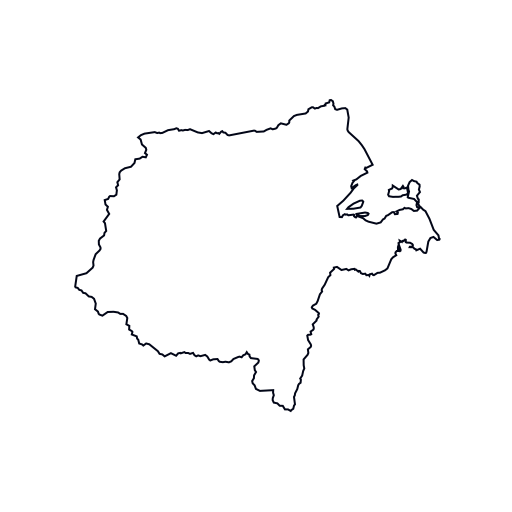 the district of Kapoe, Ranong, Thailand, rotated 157°
{"feature_id": "78962969B6628282712550", "entity_name": "Kapoe", "entity_type": "district", "adm_level": 2, "iso_a3": "THA", "parent_name": "Thailand", "parent_adm1": "Ranong", "projection": "albers", "projection_center": [98.584, 9.581], "detail": "fine", "context": "isolated", "style": "outline", "palette": "ink", "viewbox_px": 512, "rotation_deg": 157, "n_neighbors": 0, "source": "geoboundaries", "source_scale": "gbopen_adm2", "svg_char_len": 6097}
<svg xmlns="http://www.w3.org/2000/svg" viewBox="0 0 512 512"><g transform="rotate(157 256 256)"><path d="M401.0,232.3L397.2,228.6L397.7,226.4L397.1,225.0L397.7,221.1L395.4,219.1L394.7,217.6L391.3,218.4L388.7,216.4L383.5,206.7L383.0,203.6L380.7,202.0L379.3,199.3L372.3,199.8L368.5,195.4L365.7,196.8L363.6,196.4L363.3,195.8L359.5,195.5L358.7,194.2L356.3,193.2L355.0,191.7L351.8,191.4L351.4,188.7L350.2,187.0L348.1,187.1L346.3,185.5L341.4,184.8L340.1,182.5L339.6,178.9L338.9,177.7L335.7,177.6L331.7,176.2L331.3,173.8L330.7,172.8L328.0,171.2L325.4,170.6L322.5,168.7L319.9,168.7L317.0,170.0L311.9,170.0L310.5,169.8L308.8,168.4L306.5,169.6L304.1,169.6L302.1,171.1L301.7,169.0L300.6,167.8L301.1,166.1L300.6,164.0L294.9,160.7L294.3,159.9L294.3,158.5L295.5,157.0L300.7,155.1L301.7,151.4L301.3,149.2L304.4,146.9L305.7,144.3L308.4,142.4L308.8,140.1L307.8,137.5L308.0,133.7L305.1,130.3L292.6,125.8L293.7,123.5L294.0,120.9L296.1,118.6L297.0,116.8L296.9,114.1L293.9,112.0L292.7,108.9L289.9,107.6L289.3,103.5L286.5,102.3L284.6,99.8L283.9,100.3L281.4,100.8L279.4,103.5L278.1,104.2L276.1,111.4L274.7,112.6L273.7,114.3L270.0,117.4L267.6,120.6L266.3,121.5L264.5,121.9L263.0,124.6L263.2,125.9L260.2,127.9L257.6,131.6L255.5,133.6L254.8,136.8L252.6,142.2L247.1,144.9L245.7,146.3L244.7,149.8L241.2,150.9L240.4,151.7L240.1,153.1L240.9,158.3L239.9,162.7L238.9,163.1L236.6,162.3L235.7,162.4L235.3,165.1L232.2,165.7L231.3,166.4L230.7,167.9L230.5,170.9L225.5,172.9L225.0,173.9L222.0,175.7L221.8,177.5L220.6,178.2L220.5,178.9L222.7,183.4L224.7,185.7L224.7,187.0L223.0,188.1L219.2,188.5L216.9,190.4L212.1,195.8L209.0,197.5L208.9,199.0L207.9,200.2L204.0,202.7L197.8,208.3L195.0,209.3L194.3,211.7L189.3,213.5L188.9,214.9L185.7,214.3L182.8,209.7L177.9,208.8L176.4,206.6L173.6,206.6L170.4,205.7L170.4,204.7L169.4,204.6L167.9,201.7L167.2,202.1L166.3,201.6L166.1,199.2L164.7,197.7L162.3,197.0L161.9,195.2L159.7,194.5L159.4,193.5L158.5,194.7L156.1,194.4L155.6,192.7L155.0,192.3L150.7,193.0L148.4,192.2L142.9,192.4L139.9,193.2L132.7,200.2L130.4,201.3L126.6,201.9L126.7,203.8L126.2,204.8L124.5,205.6L123.3,205.1L121.9,208.7L119.9,211.1L119.8,212.2L118.0,212.5L117.7,214.0L116.2,211.9L115.6,212.5L114.6,212.6L114.3,212.1L112.3,212.9L111.8,212.4L112.7,210.2L112.1,209.5L109.0,208.0L107.5,206.0L107.3,204.7L108.6,203.5L110.8,204.4L111.1,204.1L108.0,202.7L107.3,200.7L106.2,199.7L106.2,198.6L102.1,198.6L100.4,193.7L99.0,192.6L98.1,192.5L97.1,193.7L91.7,202.0L88.4,204.4L85.2,204.2L83.0,199.9L80.9,199.4L80.3,199.9L80.6,201.0L80.0,203.7L82.2,210.6L81.8,222.5L82.5,231.1L84.0,233.3L85.4,236.9L90.0,234.8L93.1,235.8L94.6,238.5L96.8,240.4L99.6,241.3L100.5,242.3L102.5,241.6L105.8,242.3L109.3,242.1L108.5,240.4L109.3,239.4L111.8,240.2L111.9,242.5L113.5,243.1L118.7,242.0L120.4,242.1L123.1,240.2L124.8,240.1L128.1,238.2L132.5,238.7L139.1,243.7L141.2,246.0L142.7,249.0L146.7,252.8L147.8,253.1L148.9,252.4L149.5,252.9L150.2,254.3L149.7,255.7L150.0,256.0L155.1,257.4L155.9,258.7L157.3,259.0L157.9,259.8L160.1,259.5L161.7,258.2L163.8,259.2L161.7,270.3L154.0,272.8L144.3,277.2L139.6,280.0L135.0,281.7L134.9,282.2L136.5,282.2L141.4,281.2L141.1,283.1L138.5,285.7L136.6,286.7L136.9,287.4L133.7,287.3L128.2,288.8L120.9,289.2L120.7,290.5L122.0,293.5L120.8,294.7L120.0,294.0L113.0,294.4L114.4,312.0L115.3,316.7L116.7,321.7L122.3,333.9L122.6,335.6L122.4,337.0L116.6,347.2L114.8,355.1L116.0,357.2L119.2,358.3L124.3,358.9L125.7,360.2L125.5,362.9L126.1,364.6L125.2,365.9L124.8,368.4L126.0,370.3L127.3,370.6L128.6,368.8L132.3,369.2L133.2,367.6L133.9,368.1L134.4,367.6L137.8,368.4L141.1,367.9L142.5,368.6L144.2,368.7L145.5,370.7L146.6,371.1L150.4,370.6L151.7,368.7L154.6,367.8L163.2,369.9L166.4,370.0L172.4,367.7L173.1,366.1L173.9,365.4L176.7,364.9L181.3,368.4L184.3,367.7L186.7,365.9L188.0,365.6L191.1,366.1L192.7,367.8L196.9,368.0L200.2,367.6L206.9,370.0L207.9,371.6L208.8,372.2L233.6,377.5L234.9,378.5L236.0,381.4L237.8,382.5L238.3,384.1L239.6,384.0L242.1,382.8L242.7,383.9L243.8,384.1L244.8,385.4L247.6,384.8L249.0,386.4L250.4,389.4L257.7,390.2L261.3,392.5L267.2,398.5L269.6,398.6L272.0,399.8L274.3,400.1L275.5,401.0L277.9,401.4L278.2,403.6L279.4,404.7L281.7,404.7L287.8,406.2L294.1,405.9L296.2,406.5L296.9,407.4L298.9,407.8L300.8,409.6L310.8,412.2L314.7,412.2L318.2,411.2L316.7,408.3L317.4,403.2L315.2,398.6L315.5,396.6L318.0,394.1L316.8,391.8L318.9,389.9L321.7,391.7L325.0,391.1L329.3,392.2L331.5,389.1L336.2,387.0L342.4,388.0L346.8,387.3L348.8,386.3L349.9,384.8L351.6,379.8L354.8,378.1L355.3,375.0L358.0,373.9L358.4,370.8L360.6,367.0L363.4,366.5L366.9,368.2L368.0,367.9L369.8,366.3L373.4,366.6L374.4,362.2L373.1,359.2L375.2,356.7L374.7,352.1L382.8,347.3L382.2,345.2L384.1,337.6L386.4,336.5L387.8,334.3L392.8,333.0L394.8,331.4L396.1,328.0L395.8,324.7L396.3,323.3L397.9,322.2L402.9,320.3L407.1,315.8L408.3,314.0L409.3,310.7L410.9,309.1L418.8,306.4L428.8,307.7L434.4,298.5L434.3,297.6L432.6,296.3L431.9,293.9L430.1,292.5L429.5,289.6L427.5,288.3L425.7,284.1L423.3,282.6L421.8,279.9L422.1,274.8L425.0,269.9L423.2,266.6L423.4,264.3L423.0,263.3L420.7,261.1L414.4,262.4L408.9,260.3L405.0,257.9L403.6,255.8L401.0,254.7L398.9,251.5L398.7,249.2L402.0,243.8L399.9,241.2L401.5,237.9L399.7,235.5L399.4,234.4L401.0,232.3ZM85.7,264.0L88.6,261.3L89.8,257.4L89.9,255.6L93.4,250.8L93.0,250.1L88.2,246.7L86.9,243.2L85.2,242.0L84.1,244.5L84.6,245.4L84.3,248.6L80.1,250.8L80.1,253.5L78.2,256.0L77.6,257.8L79.0,260.1L79.2,261.7L81.4,263.3L82.7,265.0L85.7,264.0ZM97.3,254.6L93.4,253.7L91.4,254.6L90.3,260.1L92.6,260.1L93.9,260.8L93.2,262.0L93.4,263.1L96.7,261.1L98.7,261.5L102.6,267.4L103.2,266.1L104.3,265.0L107.9,264.9L108.2,263.6L110.4,260.8L110.2,259.0L107.0,257.0L101.6,254.8L99.3,254.1L97.3,254.6ZM140.9,259.8L139.1,260.8L136.4,263.6L136.0,264.2L136.6,265.6L138.8,266.3L145.7,266.1L151.8,264.8L153.7,263.8L148.0,261.5L140.9,259.8ZM147.4,255.0L144.6,252.1L140.1,250.2L137.1,250.0L135.9,250.9L136.3,251.9L138.6,253.4L147.2,255.5L147.4,255.0ZM87.6,241.3L88.4,240.2L88.6,238.0L87.1,236.8L86.2,237.6L86.2,239.5L86.4,240.4L87.6,241.3ZM120.2,208.7L121.9,207.3L122.4,205.3L121.7,204.2L120.9,204.4L120.4,205.3L120.2,208.7Z" fill="none" stroke="#020617" stroke-width="2"/></g></svg>